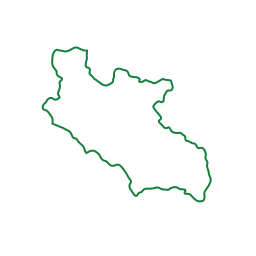 an SVG outline of Nagano, rotated 292°
{"feature_id": "JPN-1844", "entity_name": "Nagano", "entity_type": "Prefecture", "adm_level": 1, "iso_a3": "JPN", "parent_name": "Japan", "parent_adm1": "", "projection": "albers", "projection_center": [138.086, 36.102], "detail": "fine", "context": "isolated", "style": "outline", "palette": "green", "viewbox_px": 256, "rotation_deg": 292, "n_neighbors": 0, "source": "natural_earth", "source_scale": "10m", "svg_char_len": 3808}
<svg xmlns="http://www.w3.org/2000/svg" viewBox="0 0 256 256"><g transform="rotate(292 128 128)"><path d="M184.4,61.0L182.8,61.7L180.1,62.4L178.8,63.0L177.9,63.6L175.9,64.1L172.7,64.5L170.7,65.1L169.7,65.5L169.0,66.3L168.8,67.4L169.0,69.0L168.6,70.1L167.8,70.9L164.6,71.7L163.7,72.3L163.2,73.1L163.0,74.2L162.7,75.1L162.2,76.0L161.6,77.1L161.0,78.2L160.5,80.8L159.3,85.4L158.8,87.5L158.7,89.1L159.0,91.2L159.7,92.6L161.4,94.3L164.0,96.3L165.0,96.6L166.2,96.5L167.7,95.9L169.2,96.0L170.4,95.8L172.7,94.8L173.9,94.4L175.1,94.3L176.4,94.4L177.9,95.0L179.1,96.2L179.8,97.9L180.3,102.9L180.4,103.4L180.6,104.3L180.4,105.7L179.8,106.9L178.9,107.9L177.3,109.1L176.8,110.1L176.9,111.7L177.5,114.7L178.3,117.0L178.3,119.0L178.0,120.1L177.3,120.7L175.8,120.8L175.2,121.2L175.4,122.5L175.8,123.6L177.1,124.7L178.1,125.5L179.1,126.4L179.2,127.6L179.1,129.8L179.3,132.1L179.3,133.3L179.0,134.3L179.3,135.5L180.4,137.0L186.7,142.0L186.6,144.1L188.1,149.8L183.5,153.7L182.0,154.3L181.1,154.4L180.1,154.3L179.2,153.9L178.5,153.0L178.1,151.8L177.6,150.9L176.8,150.3L175.8,150.0L174.4,149.9L172.2,149.5L171.1,149.5L166.6,150.8L165.4,150.5L164.7,149.8L164.4,148.7L164.4,147.6L164.3,146.8L164.0,146.0L163.3,145.4L160.7,144.1L158.4,143.4L157.4,143.4L156.5,144.1L155.5,145.4L151.1,153.5L150.4,154.4L149.6,155.0L148.5,155.1L146.7,154.0L145.8,154.0L145.0,154.8L141.9,161.6L141.9,162.6L142.4,163.9L143.4,164.8L143.9,165.8L143.4,166.9L141.4,169.4L140.9,171.0L141.2,173.5L142.1,176.4L143.3,178.5L142.5,180.7L142.1,182.9L141.7,183.8L141.0,184.6L139.7,185.0L138.7,185.7L138.1,187.1L138.3,188.4L138.4,189.7L138.3,191.1L137.9,193.0L138.2,194.2L138.5,195.4L138.3,196.4L137.6,197.7L136.1,199.2L135.8,200.3L135.9,201.3L136.6,202.3L137.0,203.4L137.3,204.4L137.0,205.9L136.1,207.3L133.7,209.5L132.2,210.3L129.7,210.8L128.7,211.4L127.6,212.6L126.8,213.7L126.0,214.4L125.0,214.9L122.8,215.3L121.1,216.3L117.3,219.4L115.5,220.3L112.2,223.5L109.4,224.6L104.7,224.4L98.6,223.1L96.9,223.0L95.3,223.5L94.1,224.2L93.0,224.8L90.5,225.2L89.3,225.2L88.5,224.7L87.6,223.7L86.2,220.0L87.0,216.5L88.4,213.2L89.2,211.9L89.7,210.3L89.5,208.5L88.5,205.7L88.9,204.9L89.5,204.6L91.4,204.8L92.0,204.3L92.1,203.3L91.1,200.1L90.8,198.8L91.2,197.0L91.2,195.3L90.4,192.6L88.2,190.1L86.5,189.1L86.0,188.8L85.8,188.4L85.5,187.8L83.9,182.4L84.1,179.0L84.0,177.7L83.4,176.4L81.4,174.0L80.7,172.6L78.3,167.1L77.5,166.2L76.6,165.5L74.2,164.7L73.2,164.1L72.6,163.2L71.9,162.4L70.8,162.0L68.8,161.7L68.2,161.0L67.9,159.8L69.3,157.4L72.5,152.7L74.0,151.4L75.6,150.8L77.0,150.8L78.8,151.1L80.0,150.5L81.0,149.4L81.9,147.6L85.0,143.8L88.4,138.7L90.0,135.5L90.4,134.1L90.4,132.8L89.6,131.1L88.3,129.8L87.2,128.1L86.8,126.2L87.4,124.1L88.7,121.2L89.0,120.1L88.8,118.6L88.8,117.7L88.9,116.4L89.7,114.7L91.9,112.1L92.6,111.1L93.1,110.0L94.0,106.9L94.2,105.3L93.7,103.6L92.8,101.9L89.2,98.7L90.5,96.8L93.1,94.8L93.9,93.7L94.6,92.6L95.9,89.0L97.1,86.5L98.3,84.9L98.7,83.6L98.6,82.6L98.3,81.5L98.7,80.4L99.6,79.3L100.9,78.0L102.5,76.1L103.0,74.5L103.2,72.7L103.4,70.3L103.7,67.8L103.7,56.4L107.3,55.1L108.4,54.4L109.5,53.4L112.6,48.6L113.3,47.2L113.7,45.9L113.5,43.9L113.6,43.0L114.0,42.1L114.6,41.5L115.3,41.1L115.8,40.9L116.7,40.8L117.9,40.9L119.0,41.2L120.5,42.0L121.6,42.4L122.9,42.5L124.2,42.7L125.5,43.5L126.3,44.2L126.9,45.0L127.2,45.9L127.2,47.0L126.9,49.6L127.1,50.4L127.5,51.0L130.2,53.0L131.4,52.7L132.7,50.9L133.7,50.2L135.0,50.0L138.9,49.8L140.4,49.5L141.7,49.1L144.2,47.6L144.8,47.4L145.4,47.5L146.4,47.8L147.9,48.6L148.9,48.4L149.5,47.6L149.8,44.8L150.1,43.6L150.8,42.3L151.7,41.5L154.0,40.4L156.5,36.1L157.6,34.9L158.9,33.9L162.5,32.3L167.4,30.9L168.9,30.8L170.6,31.0L172.0,31.3L173.5,32.2L173.7,32.3L174.0,33.5L175.3,40.6L175.9,42.1L177.9,44.5L181.6,47.5L182.5,48.3L183.3,49.8L183.5,51.2L183.3,57.5L184.4,61.0Z" fill="none" stroke="#15803d" stroke-width="2"/></g></svg>